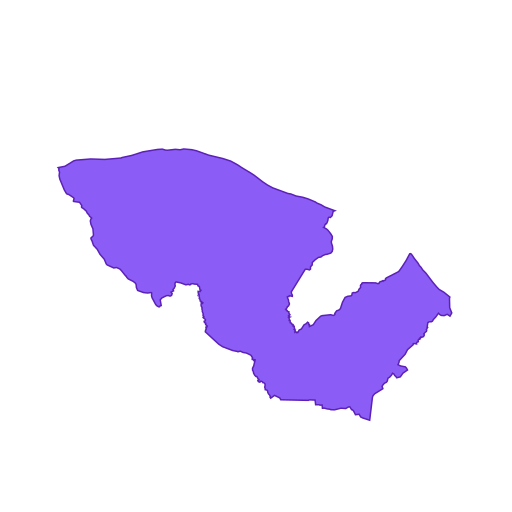 the district of Nong Wua So, Nong Bua Lam Phu, Thailand, rotated 138°
{"feature_id": "78962969B8714303156846", "entity_name": "Nong Wua So", "entity_type": "district", "adm_level": 2, "iso_a3": "THA", "parent_name": "Thailand", "parent_adm1": "Nong Bua Lam Phu", "projection": "natural_earth1", "projection_center": [102.601, 17.184], "detail": "fine", "context": "isolated", "style": "filled", "palette": "violet", "viewbox_px": 512, "rotation_deg": 138, "n_neighbors": 0, "source": "geoboundaries", "source_scale": "gbopen_adm2", "svg_char_len": 6079}
<svg xmlns="http://www.w3.org/2000/svg" viewBox="0 0 512 512"><g transform="rotate(138 256 256)"><path d="M370.8,361.6L370.9,355.2L372.6,350.3L372.6,349.0L369.7,342.3L367.3,340.7L365.9,337.5L365.8,335.1L366.2,328.3L365.9,327.9L366.3,326.7L366.3,324.5L364.3,319.4L363.8,316.9L364.1,315.1L366.0,312.6L367.0,309.6L364.0,304.0L361.3,301.0L358.5,299.1L358.2,298.5L360.3,296.3L361.2,294.4L363.0,287.1L363.0,285.3L362.3,283.3L361.7,282.8L360.6,283.1L359.6,282.6L356.5,287.5L354.0,287.8L349.3,286.5L347.8,285.5L346.7,283.7L345.2,283.2L343.5,284.1L343.3,286.0L340.6,285.3L340.2,286.6L338.4,286.8L336.0,287.8L335.6,288.7L334.2,290.1L333.2,290.3L332.5,289.9L329.9,286.3L327.4,281.5L325.2,280.2L324.8,279.1L323.8,278.5L323.1,278.8L321.4,277.7L320.8,276.6L318.4,274.1L319.1,272.6L318.5,271.3L320.2,268.4L319.8,267.4L320.4,267.3L320.4,267.9L321.3,267.0L322.7,268.4L323.0,267.8L323.7,267.3L323.8,266.3L324.3,266.0L324.0,266.0L324.3,265.0L325.3,264.1L326.1,262.5L326.6,262.4L326.8,260.9L327.6,259.9L327.0,258.9L327.0,258.3L327.6,258.5L328.0,257.9L327.4,257.8L326.8,256.8L327.5,256.5L327.7,257.1L328.5,257.3L329.5,256.5L330.2,255.5L330.7,253.5L331.6,252.9L332.4,251.3L333.0,250.8L334.0,248.1L335.0,247.6L335.4,245.7L336.1,245.9L336.5,245.7L336.1,242.7L337.0,241.8L338.2,242.2L338.6,241.7L338.8,240.8L338.3,239.7L339.3,238.8L339.1,236.5L340.6,235.9L340.5,236.6L340.8,236.7L342.0,234.9L343.0,234.7L344.4,233.6L342.7,215.4L341.5,210.9L336.6,201.4L334.0,197.9L333.5,196.9L331.4,195.8L330.1,192.9L328.1,190.4L326.3,186.1L326.2,184.9L326.6,184.1L326.4,183.5L326.6,182.8L327.0,182.3L327.8,182.1L328.0,181.6L327.4,181.0L327.5,180.2L327.1,180.0L327.3,179.6L326.4,179.9L326.1,179.4L331.2,175.9L333.7,174.9L335.0,173.4L335.2,172.1L336.2,170.5L336.7,168.4L336.7,166.6L336.0,165.8L336.6,163.5L336.4,162.2L336.8,161.9L337.9,162.3L338.3,161.2L337.9,160.1L337.4,159.6L336.5,159.9L335.9,159.4L335.4,158.3L335.6,157.2L335.1,156.9L334.8,155.4L335.5,154.0L337.3,152.7L338.1,150.9L338.6,150.5L337.7,149.2L337.6,148.1L338.4,147.0L339.0,145.1L338.9,144.0L339.2,142.5L339.4,142.0L340.0,141.8L340.2,140.5L335.5,140.0L333.3,134.6L333.8,132.6L315.2,115.1L313.8,113.8L312.4,113.2L308.5,109.4L311.2,105.6L308.6,103.2L308.3,102.4L306.6,101.0L308.5,98.4L307.1,97.3L305.4,94.7L303.7,92.8L303.3,91.8L300.5,89.1L294.8,86.1L291.4,82.6L288.5,82.0L287.2,81.2L287.8,77.8L287.3,77.4L287.2,75.5L288.3,71.5L285.3,69.4L285.9,66.3L285.0,64.1L281.4,57.9L264.1,73.0L262.5,73.9L260.0,74.2L250.5,72.5L249.5,74.8L247.7,75.3L245.6,75.5L243.7,74.9L242.1,75.2L239.7,76.9L237.8,76.5L235.0,76.8L233.0,77.5L232.5,75.9L232.9,74.3L232.7,73.0L232.9,71.3L229.6,69.6L225.2,70.6L219.7,69.9L219.2,71.9L219.2,73.7L222.1,77.5L223.2,80.2L220.7,81.4L219.6,82.4L210.9,83.2L206.1,85.0L198.6,84.9L197.8,85.6L197.1,85.2L195.5,83.2L194.8,84.1L193.8,84.2L193.0,83.7L192.4,84.0L192.5,84.3L191.7,85.0L191.0,85.2L190.3,84.7L189.9,85.1L189.4,84.7L188.9,85.4L188.4,85.0L187.8,85.5L187.5,85.5L187.2,84.7L185.4,84.0L183.7,84.7L183.4,85.8L181.1,86.1L179.9,85.9L178.7,86.7L178.5,87.4L177.2,87.8L177.0,88.2L176.2,88.1L175.9,89.1L172.8,91.5L171.3,91.2L169.7,89.8L168.5,89.5L166.7,90.1L163.2,90.4L158.7,91.4L158.6,89.4L158.1,87.9L156.1,85.8L152.9,84.7L152.1,81.5L148.6,82.7L146.7,87.9L140.7,94.9L139.4,95.8L140.6,103.3L142.3,108.7L142.4,112.2L142.2,118.1L141.2,129.6L141.4,134.1L140.9,137.3L141.0,139.5L140.4,142.1L140.0,148.3L139.4,152.1L139.4,154.1L139.6,154.4L140.3,154.8L147.4,152.2L154.3,150.3L159.6,149.1L161.0,149.1L173.8,152.5L174.9,152.5L175.5,151.7L176.7,151.7L177.6,152.3L178.5,152.2L178.6,153.0L180.0,153.2L180.9,153.9L182.3,153.7L182.9,153.3L184.0,154.0L185.1,156.0L192.7,163.0L194.6,164.7L195.7,164.9L196.3,164.3L197.3,164.5L198.2,164.1L199.3,162.6L201.7,162.4L203.7,161.4L206.6,162.2L208.0,163.6L209.2,164.1L211.0,162.8L212.1,162.8L214.8,164.7L217.5,165.6L222.6,163.8L228.5,160.4L230.6,160.4L232.8,161.3L235.9,160.6L236.4,159.8L237.1,159.7L238.4,160.2L239.8,162.4L246.7,167.4L248.2,168.0L254.6,167.9L259.4,166.6L263.5,167.8L262.6,168.8L262.8,169.4L262.2,169.4L262.3,170.2L261.7,171.1L262.0,172.3L264.0,172.1L266.4,172.7L271.1,171.4L273.4,172.1L276.2,171.2L276.4,171.8L277.1,171.9L277.1,173.1L277.9,173.3L277.3,173.7L277.4,174.4L276.3,174.7L276.7,176.0L275.9,176.1L275.3,177.6L274.8,178.0L275.3,179.3L274.5,179.3L274.4,180.5L275.0,181.0L274.6,182.4L275.2,183.5L273.8,185.3L274.4,185.9L273.6,186.5L272.8,188.3L271.8,188.0L272.5,188.9L271.6,189.0L271.6,189.9L270.1,189.6L269.8,191.7L268.9,192.4L269.7,194.1L269.3,194.7L269.7,195.5L269.2,196.2L269.4,196.5L267.4,196.8L266.5,197.4L265.8,197.1L265.0,197.2L263.4,197.9L262.9,198.5L262.4,200.1L261.2,201.7L260.7,203.6L260.0,204.7L259.1,204.3L258.7,203.8L257.8,204.2L256.0,201.7L255.2,202.5L254.8,204.2L253.8,205.7L228.2,213.2L226.9,212.0L225.6,209.9L224.3,209.8L222.7,211.5L220.3,211.7L218.5,213.5L214.5,213.6L210.6,213.2L208.4,211.8L206.3,211.7L203.4,210.7L202.2,209.8L198.4,208.1L196.3,208.4L194.3,209.8L192.5,212.3L191.3,215.1L190.3,216.4L187.9,217.7L186.2,219.4L185.6,222.3L185.3,227.1L185.5,228.8L186.5,231.9L185.9,231.7L184.4,232.8L182.6,233.3L182.1,232.8L180.6,233.4L178.7,234.4L177.0,235.9L175.8,236.0L175.1,234.9L173.2,234.9L172.4,235.1L168.8,237.5L167.1,236.9L172.1,246.4L173.4,250.6L175.3,254.6L175.7,256.4L179.1,263.6L181.9,268.3L186.1,273.8L188.6,278.8L190.5,281.2L198.0,295.5L200.0,301.1L201.4,306.7L203.4,317.6L204.4,321.2L207.5,331.4L208.6,335.8L211.3,343.5L215.4,350.6L223.8,362.8L229.8,374.0L232.6,378.0L238.1,383.9L241.3,385.7L244.5,389.2L251.1,393.9L252.5,395.4L254.0,398.0L257.9,401.1L270.4,409.1L281.1,413.9L289.8,418.9L290.7,419.1L303.7,428.9L313.9,438.7L325.4,447.5L327.9,448.7L337.9,450.5L343.9,454.1L344.0,452.5L345.0,452.0L345.9,449.8L348.6,447.4L350.3,444.5L354.2,433.5L355.0,429.7L355.0,428.6L354.0,427.0L352.6,421.6L352.7,420.5L355.0,419.0L355.0,418.5L351.2,414.0L351.7,410.1L352.9,409.2L353.0,408.3L352.5,406.9L352.1,402.7L352.7,401.0L352.7,398.1L353.1,396.9L352.7,394.3L353.0,394.0L353.9,394.0L355.7,392.9L357.5,389.9L359.0,385.3L362.8,380.3L363.5,379.9L366.7,379.8L367.4,378.6L367.8,376.9L369.6,372.7L369.5,367.2L370.8,361.6Z" fill="#8b5cf6" stroke="#5b21b6" stroke-width="1.5"/></g></svg>